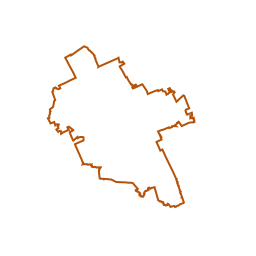 outline of Silao de la Victoria, Guanajuato, Mexico, rotated 150°
{"feature_id": "50627088B90006920351190", "entity_name": "Silao de la Victoria", "entity_type": "district", "adm_level": 2, "iso_a3": "MEX", "parent_name": "Mexico", "parent_adm1": "Guanajuato", "projection": "albers", "projection_center": [-101.426, 20.976], "detail": "fine", "context": "isolated", "style": "outline", "palette": "amber", "viewbox_px": 256, "rotation_deg": 150, "n_neighbors": 0, "source": "geoboundaries", "source_scale": "gbopen_adm2", "svg_char_len": 5600}
<svg xmlns="http://www.w3.org/2000/svg" viewBox="0 0 256 256"><g transform="rotate(150 128 128)"><path d="M135.4,43.4L134.6,42.8L134.3,42.7L134.1,42.2L133.7,42.1L133.6,41.8L133.1,41.7L132.9,41.6L132.7,41.6L132.1,42.1L131.9,42.4L131.6,42.6L131.0,41.9L130.6,38.4L127.1,37.5L126.6,36.8L126.7,36.0L125.9,35.8L124.8,36.0L124.4,36.0L123.6,35.7L122.8,35.6L122.1,35.8L120.6,35.9L120.2,35.8L117.6,35.3L117.1,35.5L116.9,35.5L115.8,40.9L116.0,41.0L115.8,41.1L114.9,45.7L115.2,45.9L114.9,46.2L114.3,46.6L114.5,46.8L114.5,47.8L114.3,47.8L114.3,48.1L114.2,48.2L114.1,48.5L113.4,52.3L113.2,52.2L113.1,52.5L113.3,52.7L113.3,52.8L113.0,52.9L113.0,53.1L113.2,53.4L113.3,53.6L113.2,53.8L112.9,54.8L113.0,54.8L113.0,55.4L112.5,55.6L112.6,56.0L112.0,56.5L112.4,57.2L112.0,58.9L111.8,58.6L111.6,59.0L111.8,59.0L111.6,60.5L111.4,63.5L111.2,64.3L110.9,68.0L109.9,82.4L109.0,92.2L111.3,92.3L110.3,101.7L104.7,101.2L104.4,103.6L103.7,103.5L103.6,105.8L104.0,105.8L103.7,110.0L100.0,109.5L99.7,109.3L97.9,108.9L92.2,108.1L92.1,107.7L92.2,107.3L90.8,107.1L89.4,106.7L88.8,107.5L87.8,107.0L87.7,107.0L85.6,105.6L86.1,106.9L82.7,107.4L82.7,108.0L81.0,108.1L80.5,102.8L73.1,102.1L72.4,102.0L70.7,101.4L68.6,100.2L68.4,100.4L67.5,100.0L67.0,100.8L67.1,101.0L66.9,102.9L66.4,102.6L66.0,104.2L69.2,105.2L68.9,105.6L68.8,105.9L68.4,105.9L68.0,107.2L66.4,106.7L65.9,107.6L65.9,108.0L65.7,107.9L65.1,109.3L70.1,110.0L69.9,110.9L69.9,111.1L70.1,111.2L69.8,112.5L70.0,112.6L69.5,114.3L68.8,114.9L65.2,114.4L63.2,127.6L63.8,128.6L72.9,126.5L72.2,134.6L69.7,135.7L69.8,136.4L70.6,136.3L71.0,138.0L72.0,137.6L71.9,141.6L73.6,141.8L74.0,137.9L78.0,137.6L77.8,138.3L77.5,138.1L77.7,139.2L77.4,140.9L79.4,142.4L79.2,144.4L83.4,144.8L83.3,145.9L86.5,146.6L93.9,147.5L93.2,150.7L93.7,158.7L103.9,159.7L104.0,160.7L103.3,160.7L103.3,161.3L99.5,161.0L99.6,161.7L102.6,161.9L102.6,163.1L103.2,163.2L103.3,164.6L103.6,164.6L103.7,166.7L103.8,169.4L103.6,172.8L104.5,172.8L104.5,176.3L104.3,179.7L104.3,181.4L104.3,181.6L104.5,184.1L104.4,185.5L99.1,185.5L99.2,187.2L99.5,187.2L99.5,188.1L101.2,188.1L102.0,189.2L102.5,189.2L101.1,193.6L102.9,193.6L122.3,195.7L123.0,195.7L122.9,195.8L122.1,202.6L121.5,204.5L121.4,204.8L121.6,204.8L121.1,207.7L120.8,207.7L121.0,209.2L121.7,212.0L121.9,212.0L122.4,214.4L122.9,214.7L123.1,216.3L122.9,217.6L125.2,220.7L134.2,220.0L136.1,219.8L141.0,219.3L140.9,220.2L147.2,220.3L147.3,215.3L147.4,215.2L147.6,209.2L147.7,203.6L148.2,197.6L154.4,198.2L156.3,198.2L161.4,198.6L166.7,199.2L166.7,198.6L166.6,198.2L166.8,196.2L168.9,196.4L168.9,196.5L169.7,197.5L169.9,198.1L170.4,198.1L170.6,199.4L172.7,199.6L172.8,199.5L172.9,199.3L173.7,198.4L174.4,197.4L175.5,197.1L177.1,188.5L178.4,188.3L182.2,183.8L182.7,183.6L182.9,183.7L183.1,183.6L183.3,183.6L183.7,183.4L184.3,183.5L186.4,183.1L186.6,182.7L186.7,181.2L187.1,181.1L187.3,181.1L187.8,180.9L187.9,180.4L188.0,180.1L188.2,179.4L189.6,178.5L189.6,178.4L189.9,178.1L190.1,178.1L190.6,177.1L190.9,176.2L192.5,176.5L192.6,175.2L192.6,173.1L192.8,170.7L188.9,170.1L189.1,169.3L189.3,169.1L189.3,168.6L189.7,166.8L188.8,167.1L188.5,167.1L188.3,166.9L187.6,166.7L187.3,166.2L187.2,166.3L186.6,166.1L186.2,165.7L186.4,165.3L186.8,165.1L187.1,164.8L188.1,164.7L188.2,163.5L188.2,162.9L188.4,162.5L189.7,162.5L190.1,162.6L190.8,162.5L190.7,161.4L190.5,160.9L190.5,159.9L190.4,159.5L189.9,159.7L189.1,159.6L188.7,159.6L187.8,159.2L187.7,158.2L187.9,157.7L188.0,157.4L188.2,157.2L188.7,157.0L188.9,156.4L186.6,156.6L181.4,156.2L180.3,155.9L180.2,158.9L178.6,158.8L176.5,153.7L177.5,153.7L177.6,153.3L179.7,153.5L180.6,153.5L181.2,150.1L181.8,144.5L181.6,144.3L180.1,144.7L176.3,145.5L176.6,144.4L175.4,144.4L173.9,144.1L171.7,142.8L171.2,142.1L172.8,139.5L178.8,140.2L182.1,140.5L184.0,123.3L184.1,122.9L184.4,121.3L184.2,121.1L184.1,120.4L184.5,120.0L184.8,119.8L185.5,119.2L184.7,119.0L182.1,117.5L182.2,117.4L181.4,116.6L180.9,116.4L180.8,116.1L179.4,115.7L178.8,115.1L177.8,114.7L178.7,114.0L178.7,113.7L178.6,113.4L178.3,113.2L178.5,112.9L178.3,112.8L178.3,112.7L178.5,112.3L178.4,112.0L178.1,111.8L177.5,111.6L177.3,111.3L176.5,111.2L175.5,110.4L175.5,110.0L175.1,109.5L174.7,109.5L173.3,108.5L172.1,108.2L171.5,107.6L171.8,107.5L171.7,107.6L172.1,107.7L172.3,107.2L172.5,107.3L172.3,108.0L172.5,107.7L172.8,107.7L173.0,107.2L173.4,106.9L173.5,106.5L173.8,106.4L174.1,105.7L174.4,105.7L174.7,105.3L175.0,104.8L176.9,100.5L177.7,98.4L177.6,98.2L177.3,98.1L177.2,97.8L175.6,96.9L175.2,96.5L174.7,96.3L174.7,96.1L174.8,95.8L174.7,95.7L174.4,95.9L173.9,95.6L172.9,95.1L168.2,91.7L165.2,87.1L157.3,82.1L155.0,80.4L153.1,79.3L151.4,77.9L150.0,70.3L150.6,70.2L151.0,70.2L151.1,70.3L151.9,70.3L151.7,70.0L152.5,69.5L152.1,68.9L151.9,68.5L151.3,68.2L151.2,67.7L151.0,67.4L151.2,67.0L151.0,66.8L150.4,66.5L150.4,66.2L150.2,66.1L150.2,65.6L150.1,65.4L150.6,64.7L151.0,64.5L151.5,64.5L151.7,63.7L151.4,63.4L150.9,63.5L150.3,62.7L149.7,62.6L150.3,62.4L150.7,62.0L150.1,61.6L149.5,61.5L149.5,61.3L149.5,61.1L149.3,60.9L149.0,61.0L148.6,61.5L148.3,61.5L147.8,61.7L147.6,62.2L146.5,62.7L146.3,63.1L146.4,63.6L146.5,63.7L146.1,63.9L146.0,64.1L145.8,64.1L145.6,64.2L144.7,64.7L144.2,64.8L143.9,64.4L143.4,64.3L143.3,64.2L142.6,64.4L142.3,64.4L142.1,64.2L141.3,64.0L141.0,64.4L141.0,64.5L141.4,64.8L141.2,65.4L140.9,65.6L140.6,65.6L140.4,65.9L139.6,65.8L139.6,65.6L139.5,65.2L139.5,64.8L138.9,64.2L138.7,64.2L138.0,64.6L137.9,64.6L137.6,64.4L137.5,64.2L134.6,63.5L138.0,50.1L137.0,48.9L137.1,48.5L137.0,48.4L136.9,48.2L136.4,47.9L136.2,48.0L135.7,47.4L135.8,46.9L135.0,46.6L134.6,46.2L134.7,45.5L135.3,44.9L134.9,44.5L135.4,43.4Z" fill="none" stroke="#b45309" stroke-width="2"/></g></svg>